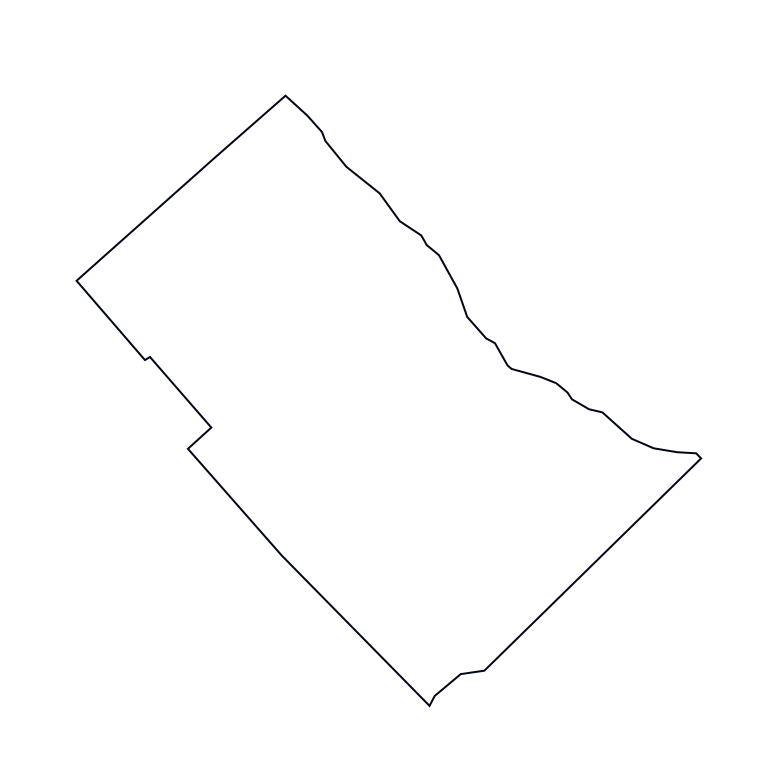 Wayne, New York, United States of America (orthographic projection), rotated 49°
{"feature_id": "52423323B87116435053012", "entity_name": "Wayne", "entity_type": "district", "adm_level": 2, "iso_a3": "USA", "parent_name": "United States of America", "parent_adm1": "New York", "projection": "orthographic", "projection_center": [-77.012, 43.178], "detail": "fine", "context": "isolated", "style": "outline", "palette": "ink", "viewbox_px": 768, "rotation_deg": 49, "n_neighbors": 0, "source": "geoboundaries", "source_scale": "gbopen_adm2", "svg_char_len": 633}
<svg xmlns="http://www.w3.org/2000/svg" viewBox="0 0 768 768"><g transform="rotate(49 384 384)"><path d="M656.8,560.8L652.7,550.4L653.3,516.4L666.2,496.3L648.2,193.5L641.1,193.9L627.7,207.6L609.4,222.7L588.0,232.9L548.7,237.8L537.6,245.8L518.9,252.2L510.9,251.1L496.4,253.5L481.3,261.3L456.4,277.8L451.2,278.6L426.0,273.5L416.6,277.0L388.0,277.2L360.1,266.0L322.8,258.0L307.3,260.6L296.4,258.4L271.6,265.3L237.3,262.2L195.4,269.9L162.1,268.8L153.2,265.5L131.1,265.8L101.8,269.2L102.2,362.5L104.4,548.3L209.1,548.7L210.1,542.9L303.6,542.9L304.3,574.5L446.7,573.7L656.8,560.8Z" fill="none" stroke="#020617" stroke-width="2"/></g></svg>